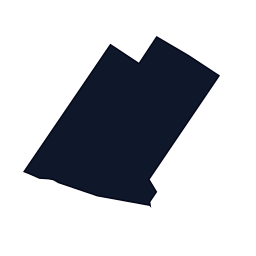 Indian River, Florida, United States of America (Natural Earth projection), rotated 124°
{"feature_id": "52423323B47137025507841", "entity_name": "Indian River", "entity_type": "district", "adm_level": 2, "iso_a3": "USA", "parent_name": "United States of America", "parent_adm1": "Florida", "projection": "natural_earth1", "projection_center": [-80.532, 27.709], "detail": "fine", "context": "isolated", "style": "filled", "palette": "ink", "viewbox_px": 256, "rotation_deg": 124, "n_neighbors": 0, "source": "geoboundaries", "source_scale": "gbopen_adm2", "svg_char_len": 410}
<svg xmlns="http://www.w3.org/2000/svg" viewBox="0 0 256 256"><g transform="rotate(124 128 128)"><path d="M222.2,189.7L221.1,184.9L219.0,173.3L214.5,165.7L212.4,160.8L212.0,155.0L201.2,115.4L179.8,66.7L179.9,66.3L177.2,68.8L165.1,68.8L159.0,82.0L38.0,81.8L33.8,81.8L34.2,118.0L36.5,155.1L68.5,154.8L68.8,189.1L101.6,189.2L213.1,189.7L222.2,189.7Z" fill="#0f172a" stroke="#020617" stroke-width="1.5"/></g></svg>